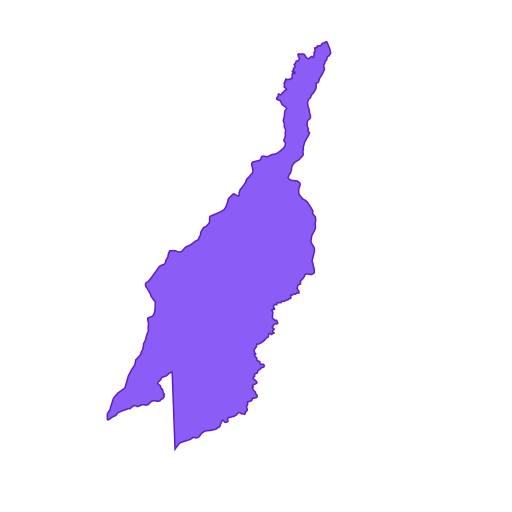 Argelia, Antioquia, Colombia, rotated 303°
{"feature_id": "7082276B45254124580700", "entity_name": "Argelia", "entity_type": "district", "adm_level": 2, "iso_a3": "COL", "parent_name": "Colombia", "parent_adm1": "Antioquia", "projection": "robinson", "projection_center": [-75.064, 5.704], "detail": "fine", "context": "isolated", "style": "filled", "palette": "violet", "viewbox_px": 512, "rotation_deg": 303, "n_neighbors": 0, "source": "geoboundaries", "source_scale": "gbopen_adm2", "svg_char_len": 6101}
<svg xmlns="http://www.w3.org/2000/svg" viewBox="0 0 512 512"><g transform="rotate(303 256 256)"><path d="M49.9,293.3L56.7,293.7L58.6,294.5L65.9,300.4L67.7,301.4L69.9,302.2L70.6,304.6L71.8,305.8L73.6,306.7L78.3,307.1L81.6,308.7L84.9,312.8L88.4,316.3L89.5,317.0L91.3,317.4L92.2,318.3L93.0,318.5L98.9,317.3L100.2,317.4L100.3,318.1L99.6,320.1L99.8,321.1L100.2,321.5L101.1,322.2L102.2,322.5L104.0,320.8L105.0,320.7L109.9,325.1L111.6,326.0L113.9,326.3L115.4,327.0L115.8,327.9L115.8,329.9L116.7,331.3L116.9,332.6L117.4,332.8L120.1,332.1L121.0,332.7L121.8,332.7L122.5,332.4L124.4,330.1L126.7,330.0L129.1,328.3L130.2,329.6L131.3,330.2L131.7,330.8L133.5,331.1L134.7,330.5L135.7,331.9L137.8,333.6L139.3,333.4L139.9,332.6L140.0,331.5L141.6,329.4L142.0,327.2L143.6,324.5L144.7,325.0L145.2,323.9L145.7,323.6L149.3,325.7L150.3,325.8L151.4,323.7L151.6,320.3L152.0,319.9L154.6,320.4L155.3,319.4L155.9,319.3L157.3,319.7L158.2,320.7L159.6,320.6L161.0,320.1L163.3,321.1L164.7,321.3L167.2,323.0L168.1,322.9L169.2,321.8L168.9,320.5L167.7,319.0L168.1,317.8L169.5,316.7L169.0,313.8L171.1,311.7L171.1,310.8L171.9,308.8L172.8,308.4L173.4,309.2L173.7,309.2L174.1,307.6L176.1,305.6L180.3,305.7L182.6,304.7L183.6,306.2L187.4,308.3L189.1,308.6L189.8,309.1L190.9,309.0L193.4,309.5L194.9,310.4L196.9,309.4L198.1,309.2L198.6,309.8L198.4,311.3L198.7,311.9L200.0,312.2L201.1,313.1L201.5,312.7L201.5,311.3L202.0,310.7L202.7,310.4L203.9,311.2L204.7,311.0L204.9,308.6L205.2,308.3L209.1,308.6L209.7,309.0L210.3,310.5L211.3,310.9L211.9,310.5L213.3,308.4L213.2,307.8L212.2,307.0L212.7,305.6L212.9,303.5L217.6,301.0L218.3,300.3L219.2,298.6L219.8,298.7L220.9,300.2L221.7,300.4L222.2,300.0L222.0,299.2L222.8,298.3L224.3,297.8L225.7,298.3L226.5,300.0L227.5,299.3L228.3,299.4L230.5,302.4L231.9,302.2L233.4,304.4L235.9,305.7L236.6,306.7L237.8,306.8L239.3,308.1L239.9,308.0L241.8,306.6L242.3,306.6L243.1,307.9L244.7,308.3L245.4,309.9L247.2,310.4L248.2,312.1L249.7,311.4L251.0,308.3L254.0,307.1L254.8,307.1L256.8,308.6L259.2,307.0L263.9,307.8L267.2,307.3L268.9,308.5L270.1,311.8L270.8,312.8L273.1,313.9L273.9,314.0L277.1,311.6L279.0,309.3L280.9,307.7L282.2,305.8L291.6,302.5L293.7,301.3L295.2,299.4L297.1,295.2L298.5,293.9L303.4,291.7L309.7,291.1L312.2,290.5L315.4,288.0L318.3,286.7L320.6,285.1L321.2,284.3L322.3,280.7L323.3,279.7L324.4,279.4L324.9,278.8L326.8,275.3L329.2,269.7L329.5,268.1L329.4,263.6L330.7,260.1L330.9,258.8L332.2,257.5L335.5,255.3L339.3,254.4L340.5,253.8L341.2,252.8L341.4,249.8L339.0,245.0L338.5,243.4L338.6,241.3L339.1,240.2L342.7,239.5L344.2,239.9L345.1,239.4L346.9,239.1L350.1,237.5L353.1,237.1L356.3,237.7L360.0,239.6L366.0,240.6L367.0,240.2L369.6,238.1L371.1,237.8L372.3,236.8L374.2,236.0L378.0,234.8L386.2,234.3L388.5,233.8L388.8,233.5L388.8,232.1L389.2,231.5L390.8,230.9L392.8,228.4L395.5,226.3L397.6,225.6L400.9,226.4L402.1,226.1L403.4,225.2L405.1,223.1L408.1,220.4L409.8,218.1L412.8,215.6L415.3,214.9L417.5,215.1L418.8,215.5L419.9,215.0L421.5,214.9L425.5,215.4L428.7,215.1L430.0,214.7L433.2,212.6L434.3,212.7L435.1,213.5L435.9,213.7L439.3,212.6L444.6,212.5L449.4,211.8L450.1,211.6L452.9,208.8L454.5,208.8L456.4,208.1L459.2,208.4L461.2,207.5L462.3,207.4L463.3,208.1L466.1,208.3L467.1,207.9L470.2,204.7L474.2,198.8L473.4,197.6L472.1,197.4L471.0,196.1L469.5,195.6L467.9,196.0L465.4,193.0L464.9,193.0L464.2,193.7L462.4,191.9L459.7,194.2L458.3,193.7L457.1,195.1L455.5,195.2L454.6,195.9L453.5,195.4L453.7,194.1L452.5,193.4L450.6,193.2L449.8,191.7L449.8,190.0L451.4,186.9L451.4,186.2L450.5,184.4L449.3,183.5L449.2,182.3L448.3,181.4L447.6,181.5L447.1,182.4L446.5,182.6L445.8,184.5L445.4,184.8L442.9,185.1L442.3,184.8L441.5,183.6L438.7,184.2L437.5,183.6L436.0,185.7L433.4,185.2L431.8,186.9L431.4,186.8L431.0,185.8L430.7,185.8L430.4,186.2L430.5,187.4L431.2,188.7L430.1,189.1L429.8,188.8L429.6,187.5L428.7,187.1L424.5,189.5L423.9,188.7L422.7,188.5L422.5,187.6L421.3,186.7L420.6,184.6L420.2,184.7L419.6,185.5L418.4,185.0L417.8,186.0L416.4,185.3L414.3,187.2L413.2,187.4L412.6,190.6L412.1,190.9L410.0,189.8L408.3,189.9L407.3,189.2L405.2,189.3L404.5,188.7L404.4,187.1L404.1,186.7L403.6,186.6L402.2,187.6L399.8,187.3L398.8,187.9L398.9,189.6L399.5,191.6L397.2,195.4L396.9,200.3L396.3,201.4L393.7,201.2L392.8,201.4L387.7,204.1L384.6,204.9L382.2,207.9L379.8,209.3L378.0,212.1L374.7,213.7L373.1,215.0L371.4,215.7L368.4,216.2L367.9,216.5L366.9,219.0L366.0,219.6L364.5,220.2L362.2,220.4L357.9,219.4L353.2,217.5L351.0,215.6L349.9,214.2L345.4,211.5L343.7,207.6L342.9,206.9L342.1,206.6L339.1,207.3L338.4,207.1L333.2,202.2L332.5,201.9L330.7,202.2L326.5,206.4L325.3,207.3L324.1,207.7L318.6,207.1L315.7,206.4L314.3,206.5L312.4,207.1L307.7,207.1L302.7,206.6L300.2,207.3L297.1,208.9L296.7,208.5L296.3,206.7L296.1,203.6L295.5,203.0L289.6,201.8L288.3,201.8L286.0,202.8L280.6,204.0L277.4,203.9L274.0,202.4L264.5,196.0L263.4,195.9L259.1,198.6L257.3,198.7L253.5,198.0L251.5,196.6L247.9,196.5L245.7,196.8L243.2,198.0L240.5,198.2L238.3,198.7L235.6,197.2L229.4,194.9L225.2,192.1L219.8,191.3L218.3,190.5L217.2,188.8L216.2,184.8L213.3,180.7L209.6,181.5L207.4,182.6L202.9,182.8L201.3,183.6L199.9,183.7L198.7,183.3L196.9,181.8L194.7,180.7L180.0,180.0L176.2,179.5L174.0,178.5L172.5,178.4L170.5,179.9L169.5,182.6L166.4,188.4L165.2,189.6L163.7,193.3L162.7,196.5L156.7,200.1L153.6,201.6L149.9,202.1L148.7,201.7L145.7,199.4L144.8,199.1L143.4,200.0L140.8,202.7L138.3,203.9L134.3,206.6L130.8,207.2L124.7,209.2L121.6,209.4L115.9,211.9L112.6,212.1L110.9,212.9L106.5,212.4L103.5,211.7L98.6,213.7L92.6,213.6L85.7,214.3L74.5,217.8L73.4,217.8L65.9,214.8L60.1,214.0L58.3,214.1L49.6,216.5L47.5,217.3L43.9,217.2L42.3,217.5L38.5,219.9L37.8,220.7L38.1,221.4L43.0,223.4L45.9,225.3L48.6,225.5L49.8,225.9L53.4,228.2L56.7,230.9L58.2,231.7L59.4,233.6L61.2,234.0L64.2,235.2L65.1,237.3L65.0,238.5L67.6,240.5L68.5,240.6L70.2,242.9L70.9,245.0L72.7,246.5L76.7,247.3L78.8,248.7L80.6,252.7L82.1,254.2L84.2,254.6L85.8,255.6L86.6,255.4L88.0,255.6L88.9,254.7L90.1,254.6L91.0,252.4L93.1,250.4L93.6,247.9L95.1,246.5L95.1,244.7L95.8,242.8L96.4,242.5L100.3,243.5L102.6,243.1L106.7,246.1L110.4,247.1L111.7,247.8L112.9,249.0L49.9,293.3Z" fill="#8b5cf6" stroke="#5b21b6" stroke-width="1.5"/></g></svg>